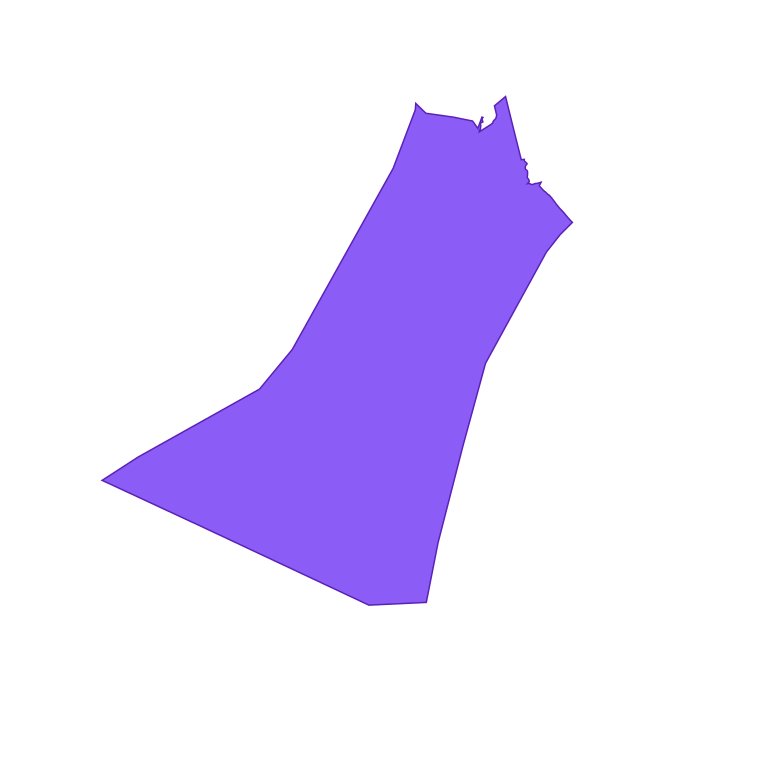 San Agustín Etla, Oaxaca, Mexico (Albers equal-area conic projection), rotated 140°
{"feature_id": "50627088B72104671930177", "entity_name": "San Agustín Etla", "entity_type": "district", "adm_level": 2, "iso_a3": "MEX", "parent_name": "Mexico", "parent_adm1": "Oaxaca", "projection": "albers", "projection_center": [-96.764, 17.204], "detail": "fine", "context": "isolated", "style": "filled", "palette": "violet", "viewbox_px": 768, "rotation_deg": 140, "n_neighbors": 0, "source": "geoboundaries", "source_scale": "gbopen_adm2", "svg_char_len": 1659}
<svg xmlns="http://www.w3.org/2000/svg" viewBox="0 0 768 768"><g transform="rotate(140 384 384)"><path d="M444.7,227.6L362.5,286.4L292.9,334.6L174.7,380.7L152.9,385.2L135.8,386.7L136.1,390.5L136.2,394.5L136.1,399.8L136.5,406.1L136.4,411.1L136.2,414.2L136.0,417.9L136.0,422.3L136.6,424.2L136.9,427.5L137.4,429.6L137.7,436.0L137.3,436.2L135.2,437.1L134.5,437.3L134.2,437.4L133.9,437.6L135.0,438.0L136.7,438.8L137.8,439.3L138.2,439.6L138.7,439.9L139.3,440.4L141.1,441.0L141.4,441.1L141.7,441.2L142.0,441.5L142.5,441.8L143.0,442.5L143.4,443.4L143.7,443.9L143.9,444.2L144.2,444.5L144.6,444.9L145.2,445.2L144.6,445.3L143.3,445.5L142.9,445.6L142.6,445.8L142.3,446.1L142.1,446.4L141.9,447.0L141.5,450.0L141.2,450.5L140.7,451.0L140.0,451.6L139.2,452.4L137.6,454.3L137.4,454.7L137.2,455.4L137.2,455.8L137.5,457.1L137.4,457.9L137.2,458.3L136.8,458.8L136.3,459.4L135.7,459.8L135.1,460.2L134.5,460.4L133.6,460.4L133.1,460.6L132.9,460.8L132.7,461.0L132.7,461.4L132.9,463.0L133.0,463.5L133.0,464.0L133.0,464.5L132.9,465.1L132.1,465.9L132.4,466.1L133.5,466.8L134.7,467.6L134.4,468.1L133.4,470.2L132.9,471.3L132.0,473.1L127.1,483.2L119.5,498.8L106.1,526.1L120.6,526.1L125.0,517.3L126.6,516.4L127.3,515.6L128.5,515.4L130.5,515.3L132.2,514.7L132.8,514.1L135.4,514.1L136.8,514.3L148.9,515.9L147.7,517.1L146.4,517.2L143.6,519.9L142.8,521.6L141.7,521.7L139.8,521.2L138.5,524.1L136.9,524.6L137.4,525.5L147.8,519.5L147.1,528.5L159.3,543.8L177.9,564.5L179.3,578.5L183.8,573.9L216.8,555.4L238.4,543.3L432.1,469.4L482.6,460.1L619.3,486.1L661.9,491.4L643.9,453.0L620.3,402.5L619.3,400.5L537.7,224.3L492.0,189.5L444.7,227.6Z" fill="#8b5cf6" stroke="#5b21b6" stroke-width="1.5"/></g></svg>